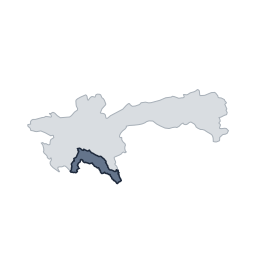 location of Xaignabouri within Laos, rotated 295°
{"feature_id": "LAO-3278", "entity_name": "Xaignabouri", "entity_type": "Province", "adm_level": 1, "iso_a3": "LAO", "parent_name": "Laos", "parent_adm1": "", "projection": "natural_earth1", "projection_center": [101.237, 18.696], "detail": "fine", "context": "in_parent", "style": "filled", "palette": "slate", "viewbox_px": 256, "rotation_deg": 295, "n_neighbors": 0, "source": "natural_earth", "source_scale": "10m", "svg_char_len": 7076}
<svg xmlns="http://www.w3.org/2000/svg" viewBox="0 0 256 256"><g transform="rotate(295 128 128)"><path d="M95.6,38.3L96.6,40.4L101.3,45.9L102.1,47.4L103.8,48.6L105.3,53.5L105.9,53.8L106.6,53.4L107.2,52.8L107.7,50.9L108.0,50.7L108.6,52.2L109.9,52.7L110.5,53.4L110.6,54.6L110.4,55.8L109.3,58.6L108.7,62.3L113.3,70.4L115.2,71.5L119.8,72.8L122.9,74.6L124.4,74.1L125.8,72.1L127.4,71.0L130.5,69.3L131.4,69.2L133.1,69.9L135.9,71.9L140.1,75.6L140.0,76.6L139.2,77.6L137.0,79.1L136.3,80.1L136.7,80.4L138.6,80.6L140.8,81.5L141.5,82.5L141.9,84.7L142.3,85.1L144.4,84.9L145.0,85.2L145.7,85.9L146.5,87.8L146.5,89.2L144.4,91.6L144.2,93.1L143.2,94.8L140.4,97.7L139.6,97.9L134.4,96.3L130.2,96.5L129.9,97.2L130.6,98.9L130.8,100.7L130.2,102.0L127.8,103.7L127.7,104.5L128.2,105.3L131.7,106.9L142.8,115.3L147.8,116.9L150.1,118.0L150.6,118.6L150.6,119.3L150.0,120.2L149.6,121.9L149.5,122.9L150.1,123.8L151.0,125.3L154.1,128.5L156.4,129.2L158.8,132.9L159.5,136.1L160.7,138.2L166.5,145.1L171.3,149.4L174.2,154.0L175.6,155.0L176.0,156.7L176.4,161.5L178.1,164.0L178.5,164.9L179.2,165.7L180.0,165.8L181.7,164.2L182.0,164.5L182.8,167.0L183.5,167.9L186.1,169.5L188.8,172.6L190.2,173.7L192.1,174.6L192.3,175.6L192.0,176.6L191.4,177.2L188.3,179.0L187.9,179.8L190.0,183.7L195.3,188.6L196.9,191.5L196.6,192.9L195.1,195.8L194.1,196.5L193.8,197.4L194.6,199.8L194.5,203.3L193.6,204.2L192.6,206.4L192.0,206.5L190.4,205.7L187.1,209.5L185.6,209.3L183.9,211.4L181.8,211.7L180.3,210.1L177.1,207.6L175.9,206.1L174.9,207.4L173.2,208.7L170.9,208.2L170.2,210.1L169.8,210.5L166.9,210.8L166.4,211.1L166.8,212.8L168.6,215.7L169.1,217.4L168.0,220.2L165.1,220.1L163.7,219.0L162.0,216.6L158.2,215.1L155.6,216.2L154.9,216.1L152.9,214.2L152.2,212.9L151.8,211.0L154.7,209.5L156.2,208.3L157.1,207.1L157.5,205.8L158.0,200.4L158.4,198.4L158.1,196.1L157.3,194.3L157.3,191.5L157.7,189.3L158.8,188.1L159.6,186.5L160.0,182.9L159.7,182.0L158.6,181.1L156.7,180.2L155.6,179.2L155.1,177.9L155.1,176.8L155.7,175.8L154.3,174.7L151.0,173.5L149.1,172.1L148.7,170.4L147.3,168.2L144.9,165.5L143.6,161.6L143.5,156.5L143.7,152.4L144.8,147.6L143.4,144.1L141.8,142.3L139.7,141.0L137.6,139.0L135.7,136.5L133.4,132.8L130.7,127.9L128.9,125.7L127.9,126.2L126.0,125.8L123.0,124.3L120.5,123.6L118.3,123.5L116.8,123.8L116.2,124.5L116.1,125.3L116.7,126.0L116.4,126.6L115.2,127.0L114.3,127.8L113.2,129.6L112.5,131.9L111.4,132.9L109.7,133.1L108.1,133.7L106.5,134.9L105.7,135.7L105.8,136.3L105.4,136.5L104.6,136.1L104.2,135.4L104.3,134.1L103.4,133.3L101.7,132.9L99.8,131.6L96.1,128.2L95.2,128.0L94.0,128.9L92.4,130.8L91.1,131.6L90.1,131.2L89.3,131.8L88.7,133.6L87.7,134.9L82.7,138.6L78.2,143.3L77.1,143.7L74.3,142.4L73.5,141.5L77.2,131.8L77.8,129.5L77.7,126.4L76.1,123.8L76.0,123.1L76.2,122.3L78.2,119.3L80.4,111.5L80.2,109.1L79.3,106.5L78.7,104.0L79.2,100.6L79.0,99.3L78.0,98.6L74.5,97.9L72.6,98.5L71.6,99.4L70.5,100.0L68.3,100.3L66.3,99.2L64.6,97.2L64.2,94.8L66.3,89.6L66.9,87.6L66.8,86.7L66.4,85.7L65.9,85.6L64.8,84.4L63.8,82.2L62.8,81.2L61.8,81.4L61.0,82.2L59.5,84.3L59.1,84.0L60.4,76.9L61.6,73.8L62.9,72.4L64.4,71.8L66.0,72.1L67.3,71.8L68.3,71.1L68.2,70.6L67.0,70.5L66.5,69.7L66.8,68.2L67.3,67.2L68.2,66.8L69.0,65.2L69.8,62.6L70.8,61.3L71.9,61.3L73.9,60.2L76.6,57.9L77.7,55.8L78.7,56.8L78.3,59.3L78.9,59.8L79.2,60.7L79.0,62.0L79.2,63.2L79.7,63.8L80.3,64.1L83.2,63.1L85.0,63.0L87.9,64.8L89.7,63.5L89.7,63.0L88.3,61.3L88.7,55.0L88.5,50.2L86.1,46.7L85.6,45.3L85.3,43.0L84.7,41.0L86.4,39.5L87.3,36.6L88.5,35.8L88.9,36.0L90.4,38.1L92.3,37.0L93.7,37.1L94.9,37.6L95.6,38.3Z" fill="#d9dde1" stroke="#a8b0b8" stroke-width="1"/><path d="M64.1,95.5L64.0,95.3L63.9,95.0L64.0,94.6L64.4,94.0L65.0,94.1L65.8,94.3L66.4,94.3L67.0,94.1L67.5,93.8L67.9,93.8L68.3,93.6L68.5,93.5L68.9,93.6L69.1,93.5L69.3,93.4L70.6,92.6L70.9,92.3L71.2,92.0L71.4,91.9L71.6,91.9L73.9,92.3L74.7,92.6L75.3,93.1L75.5,92.8L75.6,92.7L75.9,93.0L76.2,92.9L76.7,92.4L77.1,92.0L77.3,91.9L77.5,91.9L77.7,92.0L77.9,92.2L78.2,92.4L79.4,93.3L79.8,93.4L85.3,93.3L86.0,93.2L86.4,92.7L86.2,92.5L86.4,92.2L86.8,92.0L87.1,91.9L87.3,91.8L87.8,91.2L88.0,91.0L88.4,91.6L88.7,92.0L89.0,92.3L89.2,92.7L89.2,93.7L88.9,94.7L88.7,95.1L88.7,96.4L88.9,97.0L89.4,97.0L90.0,96.9L90.1,97.1L90.0,97.8L90.0,100.7L90.1,101.0L90.2,101.3L90.4,101.6L90.7,101.8L91.4,102.1L91.6,102.4L91.5,102.6L90.9,103.3L90.8,103.6L90.7,104.1L90.3,104.8L90.1,105.1L90.1,105.5L90.3,106.7L90.2,107.2L90.1,107.9L89.9,110.0L89.9,110.4L89.8,110.6L89.8,110.8L89.8,111.0L90.0,111.4L90.0,111.8L90.0,112.3L89.8,113.1L89.8,113.5L89.9,113.8L90.6,114.8L90.8,115.5L90.7,116.1L90.2,117.4L90.1,117.9L90.0,118.8L89.9,119.2L89.3,120.3L89.1,120.7L88.7,121.8L88.5,122.0L88.4,122.1L88.0,122.4L87.8,122.5L87.6,122.6L87.4,122.6L87.2,122.4L86.9,122.7L86.6,123.5L86.3,123.8L85.9,124.2L85.7,124.3L85.6,124.5L85.5,124.9L85.4,125.2L85.1,125.6L84.8,125.8L84.5,126.0L84.1,126.0L83.9,126.2L83.8,126.5L83.7,126.8L82.8,127.9L82.5,128.6L82.4,129.5L82.5,129.8L82.9,130.5L83.0,132.3L83.0,132.9L82.9,133.5L82.9,134.1L83.3,134.8L83.3,135.0L83.5,135.2L83.7,135.3L84.2,135.2L84.3,135.2L84.4,135.5L84.5,135.5L84.7,135.4L84.9,135.3L85.2,135.2L85.3,135.5L84.9,136.3L85.1,136.5L84.9,136.6L85.3,137.0L84.9,137.3L84.3,137.6L83.9,138.0L83.8,138.3L83.7,138.5L83.5,138.2L83.5,137.9L83.4,137.9L83.3,138.0L83.0,138.3L82.7,138.3L82.2,138.4L82.1,138.6L82.4,138.6L82.5,138.7L82.5,138.8L82.1,139.3L81.9,139.4L81.7,139.5L79.6,141.3L79.3,141.8L78.9,142.6L78.8,142.8L78.6,142.9L78.4,142.9L78.2,143.1L78.1,143.4L77.8,143.9L77.7,144.0L77.4,144.1L76.9,143.8L76.3,143.5L76.0,143.4L75.8,143.0L75.5,142.7L75.2,142.5L74.8,142.3L74.0,142.1L73.4,142.0L73.1,141.7L73.1,141.2L73.3,140.8L73.9,140.0L74.3,139.0L74.3,138.8L74.4,138.5L74.4,138.0L74.3,137.8L74.4,137.6L74.5,137.5L74.7,137.4L74.7,137.2L74.5,136.9L74.7,136.7L75.0,136.5L75.1,136.2L75.1,135.5L75.2,135.0L75.3,134.8L75.9,134.4L76.3,134.0L76.6,133.4L76.9,132.9L77.2,132.3L77.4,132.1L78.0,131.7L78.2,131.4L78.1,131.1L77.8,130.3L77.7,129.9L77.8,129.5L78.1,128.7L78.1,128.4L78.0,128.2L77.9,128.1L77.7,127.9L77.5,127.4L77.5,126.5L77.5,126.3L77.6,126.1L77.9,125.8L78.0,125.6L77.8,125.3L76.6,124.7L76.1,124.1L75.8,123.7L75.7,123.4L75.8,122.9L76.3,122.3L76.5,121.9L76.5,121.7L77.7,120.9L78.0,120.6L78.0,120.4L78.0,119.9L78.1,119.7L78.5,119.4L79.2,118.8L79.4,118.4L79.5,118.1L79.4,117.7L79.0,117.2L78.9,116.9L79.0,116.5L79.2,115.8L79.3,115.4L79.2,114.2L79.2,113.7L79.4,113.4L79.8,112.8L80.0,112.5L80.2,111.8L80.3,111.5L81.1,110.6L80.9,110.0L80.4,109.4L79.7,108.6L79.4,108.3L79.3,108.0L79.3,107.5L79.3,106.2L79.0,104.4L79.0,104.2L78.9,103.9L78.5,103.7L78.4,103.6L78.3,103.0L78.4,102.1L78.7,101.3L79.1,101.0L79.5,100.9L79.7,100.4L79.8,99.8L79.8,99.3L79.7,99.0L79.6,98.8L79.5,98.6L79.2,98.5L78.9,98.4L78.7,98.4L78.6,98.6L78.4,98.7L77.9,98.8L77.4,98.9L76.9,98.9L76.4,98.6L75.6,98.1L75.2,97.9L74.7,97.9L73.1,97.9L72.9,97.9L72.7,98.0L72.4,98.5L71.7,99.5L70.8,100.4L70.7,100.7L70.4,100.4L70.2,100.2L68.5,99.4L68.0,99.4L67.6,99.7L67.4,100.1L67.3,100.4L67.0,100.4L66.4,100.2L65.9,100.0L65.6,99.8L65.4,99.5L65.3,99.2L65.3,98.8L65.3,98.5L65.1,98.2L64.7,97.7L64.6,97.4L64.5,97.0L64.4,96.3L64.4,96.0L64.3,95.8L64.1,95.5Z" fill="#64748b" stroke="#1e293b" stroke-width="1.5"/></g></svg>